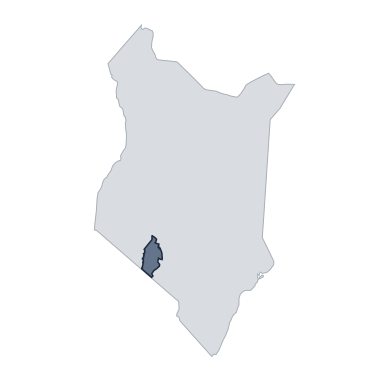 location of Kajiado West, Rift Valley, Kenya, rotated 4°
{"feature_id": "3690345B61385295322660", "entity_name": "Kajiado West", "entity_type": "district", "adm_level": 2, "iso_a3": "KEN", "parent_name": "Kenya", "parent_adm1": "Rift Valley", "projection": "equal_earth", "projection_center": [36.295, -1.696], "detail": "fine", "context": "in_parent", "style": "filled", "palette": "slate", "viewbox_px": 384, "rotation_deg": 4, "n_neighbors": 0, "source": "geoboundaries", "source_scale": "gbopen_adm2", "svg_char_len": 5585}
<svg xmlns="http://www.w3.org/2000/svg" viewBox="0 0 384 384"><g transform="rotate(4 192 192)"><path d="M97.4,236.8L97.3,231.4L97.9,217.5L97.8,205.3L98.3,199.2L100.6,195.3L101.6,192.5L102.3,188.6L103.5,185.4L106.2,182.8L106.6,181.4L109.4,177.0L111.1,171.4L112.4,169.5L114.0,167.8L115.1,166.9L116.9,165.9L118.4,165.4L118.6,165.0L118.8,164.1L118.3,160.6L118.9,159.5L119.9,157.1L121.0,155.0L122.0,153.6L122.6,152.2L122.9,149.8L122.9,148.0L122.9,145.2L122.6,138.8L121.4,133.4L120.7,127.4L121.2,125.5L120.3,122.0L119.8,121.8L119.0,121.0L118.1,117.7L117.3,114.7L116.9,113.9L113.7,111.2L112.1,105.0L110.3,103.6L109.4,97.4L109.2,95.7L110.2,89.5L110.1,88.1L109.1,86.7L106.1,85.4L103.7,82.9L104.0,82.0L104.1,81.0L102.9,80.4L99.2,69.9L104.0,63.5L108.8,57.1L114.9,48.9L120.6,41.5L125.5,35.0L129.8,29.2L129.7,30.3L129.8,31.8L130.3,32.7L131.2,33.3L132.4,32.7L133.5,31.8L134.6,31.6L141.1,34.0L142.2,36.1L142.2,38.3L142.4,39.9L141.9,41.6L141.4,46.5L141.6,51.1L143.5,54.5L145.3,57.1L146.7,60.8L147.7,61.9L149.1,62.5L153.6,62.7L160.3,62.9L166.7,63.2L167.3,63.2L168.6,63.7L174.5,68.8L179.9,73.3L184.5,77.3L189.0,81.2L193.3,85.0L196.6,88.1L199.9,89.1L205.3,89.5L209.0,89.7L212.5,91.0L217.6,92.2L221.4,92.8L223.7,93.5L230.0,94.3L231.1,93.8L233.9,90.4L237.1,84.7L238.3,81.6L242.4,78.6L249.5,74.2L254.5,71.2L260.1,68.2L262.7,70.8L266.2,75.1L267.8,77.1L269.1,78.1L271.0,78.7L273.3,78.7L274.6,78.6L277.2,78.1L283.2,77.6L286.7,77.6L283.8,83.2L280.3,90.0L273.9,102.4L269.0,108.9L265.3,113.9L264.9,114.8L265.0,120.3L265.0,133.7L265.1,160.7L265.2,187.6L265.3,214.6L265.3,228.1L265.3,232.6L268.6,238.3L271.8,243.8L276.0,251.1L278.2,255.0L278.6,256.4L278.5,259.0L275.0,264.5L272.2,267.0L268.4,268.2L267.2,267.9L265.7,267.1L265.1,268.5L264.7,270.5L263.8,270.1L263.2,269.5L263.6,273.1L264.0,274.9L263.4,277.4L261.5,279.5L261.4,281.3L257.4,286.0L251.7,286.5L248.7,288.8L247.3,290.7L246.3,294.9L246.7,301.3L245.1,306.2L244.8,308.7L241.8,311.9L240.5,314.8L239.6,317.8L238.7,319.1L237.7,325.8L236.4,329.9L236.0,331.2L235.7,332.4L234.6,334.8L233.9,336.4L233.4,337.5L229.9,347.9L227.2,352.6L225.1,352.1L223.7,353.9L223.5,354.8L222.8,354.3L221.0,352.6L217.4,349.0L213.7,345.5L210.1,342.0L206.5,338.4L202.8,334.9L199.2,331.4L195.6,327.8L191.9,324.3L189.8,322.2L188.8,321.0L188.1,318.6L187.7,318.0L186.8,317.2L185.6,317.0L185.3,316.6L185.3,315.4L185.7,313.7L187.1,310.5L187.2,308.6L186.9,306.4L186.5,302.9L186.2,302.1L183.8,300.3L178.7,296.5L173.6,292.7L168.6,288.9L163.5,285.1L158.5,281.3L153.4,277.5L148.3,273.7L143.3,269.9L138.2,266.1L133.2,262.3L128.1,258.5L123.1,254.7L118.0,250.9L112.9,247.1L107.9,243.3L102.8,239.5L100.9,238.0L99.2,236.8L97.4,236.8ZM265.7,273.8L264.8,274.1L265.3,272.2L267.9,269.9L268.9,270.4L269.1,271.0L269.1,271.4L268.6,271.9L265.7,273.8Z" fill="#d9dde1" stroke="#a8b0b8" stroke-width="1"/><path d="M166.8,261.5L166.8,261.2L167.0,260.7L167.0,260.4L167.0,260.0L166.8,259.1L166.7,258.4L166.7,258.2L166.6,257.9L166.4,256.3L166.4,256.2L166.3,255.7L166.1,255.2L166.1,254.8L166.1,254.7L166.0,254.4L165.8,254.0L165.8,253.9L165.6,253.6L165.5,253.3L165.3,253.0L165.2,252.7L165.0,252.3L164.7,251.6L164.4,250.9L164.2,250.5L163.9,250.6L163.7,250.6L163.6,250.8L163.5,250.7L163.4,250.7L163.5,250.4L163.4,250.3L163.4,250.2L163.5,249.9L163.5,249.6L163.3,249.5L163.2,249.5L162.9,249.5L162.7,249.5L162.3,249.7L162.2,249.6L162.3,249.2L162.2,249.0L162.1,248.9L162.1,248.7L162.5,248.4L162.5,248.1L162.6,247.9L162.5,247.7L162.4,247.6L162.3,247.4L162.4,247.2L162.5,247.0L162.6,246.3L158.8,245.3L159.1,244.9L159.3,244.4L159.8,242.4L159.9,241.9L159.9,241.6L159.2,240.8L158.9,240.6L157.9,239.9L157.5,239.7L155.6,238.5L155.1,238.1L155.0,237.9L155.1,238.2L155.4,242.3L153.0,245.7L150.0,250.0L148.8,251.7L148.8,251.8L148.7,251.9L148.3,252.4L148.6,252.6L148.6,252.9L148.7,253.2L148.7,253.4L148.9,253.8L148.9,254.1L149.0,254.2L149.0,254.3L149.2,254.6L149.2,254.9L149.2,255.0L149.1,255.3L149.0,255.7L148.9,255.6L148.8,255.8L148.8,256.0L148.7,256.1L148.7,256.3L148.6,256.5L148.5,256.4L148.4,256.5L148.5,256.5L148.5,257.0L148.4,257.1L148.4,257.3L148.3,257.5L148.4,257.8L148.4,258.0L148.5,258.0L148.5,258.4L148.5,258.5L148.6,258.8L148.7,259.0L148.5,259.3L148.4,259.3L148.3,259.2L148.3,259.3L148.2,259.3L148.2,259.5L148.3,259.8L148.3,260.0L148.2,260.1L148.1,260.3L148.0,260.5L147.9,260.8L148.0,261.0L147.9,261.0L147.8,261.4L147.7,261.4L147.7,261.5L147.8,261.6L147.8,261.8L147.8,262.0L147.7,262.0L147.8,262.1L147.7,262.2L147.6,262.3L147.5,262.5L147.8,262.6L147.9,262.9L147.9,263.0L148.0,263.1L148.2,263.3L148.2,263.5L148.3,263.6L148.3,263.8L148.4,264.1L148.3,264.4L148.3,264.5L148.2,264.8L148.1,265.0L148.0,265.3L148.0,265.2L147.9,265.1L147.8,265.3L147.9,265.5L148.0,265.6L148.2,265.8L147.9,265.9L147.9,266.0L148.0,266.1L148.0,266.3L148.0,266.5L148.2,266.8L148.1,267.0L148.1,267.4L148.1,267.6L148.1,267.8L148.1,268.0L148.0,268.3L148.0,268.5L147.9,268.7L147.9,268.8L148.0,268.9L147.9,269.1L147.8,269.3L147.8,269.5L147.7,269.7L147.7,269.8L147.7,270.1L147.8,270.1L147.8,271.3L147.2,271.3L147.2,272.1L150.9,274.9L152.4,276.1L157.7,280.0L158.9,278.5L157.8,276.7L157.6,276.2L157.7,275.9L157.8,275.7L158.0,275.5L158.1,275.3L158.3,275.0L158.4,274.8L158.7,274.3L158.8,274.2L159.0,273.8L159.1,273.7L159.3,273.4L159.4,273.1L162.3,270.8L163.3,269.6L163.5,269.5L163.7,269.4L163.8,269.1L164.2,268.7L164.3,268.7L164.5,268.5L164.6,268.4L164.5,267.9L164.6,267.7L164.7,267.3L164.7,267.1L164.8,266.8L164.8,266.7L164.7,266.4L164.5,266.1L164.1,265.9L162.9,264.1L162.8,263.1L163.1,261.1L163.2,260.4L163.6,260.7L163.8,260.8L163.9,261.0L164.2,261.0L165.2,261.3L165.5,261.3L166.4,261.4L166.8,261.5Z" fill="#64748b" stroke="#1e293b" stroke-width="1.5"/></g></svg>